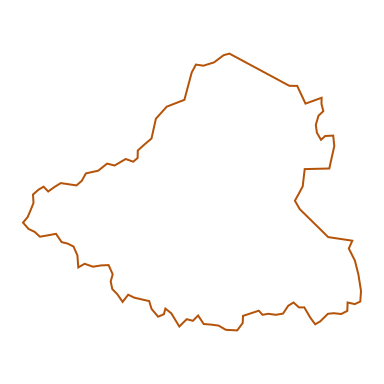 Ipiranga do Sul, Rio Grande do Sul, Brazil
{"feature_id": "56859067B33035970320489", "entity_name": "Ipiranga do Sul", "entity_type": "district", "adm_level": 2, "iso_a3": "BRA", "parent_name": "Brazil", "parent_adm1": "Rio Grande do Sul", "projection": "robinson", "projection_center": [-52.426, -27.924], "detail": "fine", "context": "isolated", "style": "outline", "palette": "amber", "viewbox_px": 384, "rotation_deg": 0, "n_neighbors": 0, "source": "geoboundaries", "source_scale": "gbopen_adm2", "svg_char_len": 1482}
<svg xmlns="http://www.w3.org/2000/svg" viewBox="0 0 384 384"><path d="M229.4,53.6L223.6,55.2L214.0,62.4L203.4,65.7L195.9,64.6L191.7,72.5L184.4,99.8L175.9,103.1L166.7,106.7L155.9,118.7L151.5,138.5L144.9,144.1L137.8,150.5L137.6,158.0L133.2,161.7L125.7,159.0L114.6,165.5L107.1,163.6L98.2,170.7L85.9,173.4L81.8,180.8L76.5,185.4L60.8,183.1L54.6,186.9L48.2,191.5L43.6,186.7L38.6,189.6L33.0,194.5L33.5,202.9L30.8,209.7L27.7,217.0L23.0,222.6L28.6,229.0L34.7,231.9L39.9,236.7L45.9,235.7L56.0,233.8L61.6,242.1L67.7,243.6L73.5,246.5L77.4,255.4L78.3,267.4L84.6,263.8L93.0,266.7L101.3,265.4L108.6,265.1L112.7,274.3L110.7,281.4L112.3,289.1L117.4,294.3L122.6,301.9L128.2,294.7L134.1,297.6L140.9,299.2L149.2,301.1L151.5,308.8L158.1,316.7L163.9,314.2L165.4,308.6L171.3,313.3L179.3,326.5L186.7,319.2L192.9,320.8L198.1,315.5L203.7,324.0L211.1,324.6L218.6,325.6L225.8,329.8L237.2,330.4L242.7,323.0L243.0,315.9L258.8,310.7L262.5,314.8L268.3,313.8L275.8,314.8L283.0,313.6L288.2,305.8L293.5,302.5L299.0,307.4L304.3,307.4L310.2,317.5L315.2,324.3L320.2,321.4L327.9,313.8L333.7,313.2L341.2,314.0L347.3,310.9L347.6,302.5L354.8,304.1L360.3,301.5L361.0,290.9L358.4,274.5L354.9,260.6L348.8,248.5L352.3,240.7L328.2,237.1L299.7,209.1L294.9,200.7L298.0,195.2L302.7,186.4L304.7,169.1L329.3,168.5L334.3,146.0L333.2,135.6L325.2,136.0L321.0,139.8L316.9,132.7L315.8,124.9L318.5,115.7L323.3,111.2L321.5,104.0L321.6,97.8L305.5,103.6L297.2,85.9L289.3,85.8L229.4,53.6Z" fill="none" stroke="#b45309" stroke-width="2"/></svg>